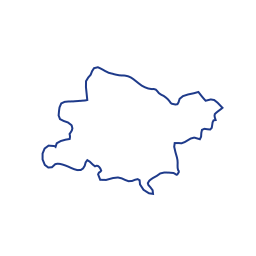 outline of Tlaxcala, rotated 146°
{"feature_id": "MEX-2726", "entity_name": "Tlaxcala", "entity_type": "State", "adm_level": 1, "iso_a3": "MEX", "parent_name": "Mexico", "parent_adm1": "", "projection": "equal_earth", "projection_center": [-98.173, 19.419], "detail": "fine", "context": "isolated", "style": "outline", "palette": "blue", "viewbox_px": 256, "rotation_deg": 146, "n_neighbors": 0, "source": "natural_earth", "source_scale": "10m", "svg_char_len": 2855}
<svg xmlns="http://www.w3.org/2000/svg" viewBox="0 0 256 256"><g transform="rotate(146 128 128)"><path d="M113.1,61.9L113.9,62.1L114.4,63.1L114.9,64.3L115.5,65.3L119.1,68.2L122.8,70.8L126.7,72.3L130.9,72.2L133.1,72.4L135.3,72.6L137.6,72.6L139.8,72.4L142.4,71.2L143.0,69.3L142.6,66.5L142.4,62.6L144.1,59.4L147.1,62.1L149.7,68.0L149.6,74.5L147.6,78.2L148.6,80.2L151.3,81.2L154.2,81.8L157.3,83.6L159.4,86.5L161.4,89.8L164.0,92.6L168.4,94.9L175.2,97.2L180.0,100.6L178.7,106.3L177.0,107.3L175.4,107.2L174.1,107.6L173.6,109.9L173.7,111.9L174.2,113.4L175.2,114.3L176.8,114.7L177.7,117.5L178.5,121.4L179.7,124.1L182.3,123.2L185.0,120.9L187.9,119.6L190.7,119.6L193.7,121.6L195.7,124.0L197.5,126.7L199.2,129.5L201.0,132.1L202.7,134.3L204.5,136.3L206.4,137.8L208.5,138.7L213.0,138.0L216.2,139.8L217.6,143.9L216.4,149.7L213.1,154.6L208.6,157.6L203.7,157.8L199.4,154.4L199.2,154.2L198.9,153.8L198.7,153.3L198.6,152.9L195.6,155.2L191.0,154.8L186.2,153.2L182.5,151.5L181.7,152.3L180.9,153.3L180.3,154.4L179.8,155.7L177.8,156.5L175.9,157.4L174.3,158.8L173.4,161.3L173.3,161.5L173.3,161.9L173.3,162.1L174.7,166.2L177.4,169.8L179.4,173.4L178.5,177.2L177.2,178.8L175.9,180.4L174.6,181.9L173.2,183.4L169.6,185.7L165.9,185.1L162.2,183.1L158.6,180.7L157.6,180.2L156.6,179.6L155.7,179.1L154.7,178.5L154.0,178.1L153.4,177.8L152.7,177.4L152.1,177.0L151.9,176.9L150.4,176.1L148.9,175.2L147.5,174.5L146.1,174.0L143.2,179.4L140.0,185.4L136.6,190.3L132.7,192.1L129.2,193.0L126.0,195.2L122.7,196.6L119.0,195.2L117.6,192.9L116.3,190.5L115.1,188.0L113.7,185.6L113.5,185.2L113.3,184.8L113.0,184.4L112.7,184.1L112.5,183.9L112.3,183.7L112.2,183.5L112.0,183.3L111.4,182.6L110.7,181.9L110.1,181.2L109.5,180.4L109.0,179.9L108.5,179.3L108.0,178.8L107.5,178.3L106.9,177.7L106.3,177.1L105.7,176.5L105.0,176.0L104.8,175.8L104.5,175.6L104.3,175.4L104.0,175.2L102.7,174.3L101.4,173.3L100.2,172.1L99.0,170.8L98.2,169.6L97.4,168.3L96.8,166.9L96.2,165.4L95.7,163.8L95.2,162.3L94.7,160.7L94.2,159.1L92.9,155.4L91.2,152.3L89.2,149.5L86.7,147.1L86.2,146.8L85.8,146.5L85.3,146.2L84.9,146.0L83.5,144.3L83.1,142.1L82.9,139.6L81.8,136.9L80.5,134.7L79.6,132.2L78.9,129.6L78.6,126.8L78.6,125.9L78.6,125.1L78.4,124.3L78.1,123.6L75.5,120.9L73.7,120.1L71.8,121.0L68.9,123.3L64.6,123.7L59.4,122.2L54.0,120.0L49.5,118.5L49.3,115.6L49.1,112.8L48.8,110.0L48.4,107.2L43.4,105.4L40.9,103.0L39.6,98.9L38.4,91.9L40.4,91.7L42.4,91.6L44.5,91.5L46.5,91.3L48.2,91.0L49.4,89.8L50.2,88.0L50.9,85.6L52.8,86.5L54.7,85.4L56.6,83.3L58.5,81.3L60.7,80.8L62.8,82.5L65.1,84.6L67.7,85.1L69.9,83.0L72.3,79.9L74.7,78.5L77.1,81.4L77.5,81.9L77.9,82.4L78.3,82.8L78.7,83.1L81.9,84.2L85.3,84.4L88.8,84.6L92.2,85.4L92.7,85.8L93.2,86.2L93.8,86.7L94.3,87.1L97.7,89.4L100.2,86.6L102.2,81.4L103.9,76.2L105.0,73.6L106.3,71.4L107.8,69.3L109.2,67.1L110.0,65.1L110.0,63.9L110.6,63.0L113.1,61.9Z" fill="none" stroke="#1e3a8a" stroke-width="2"/></g></svg>